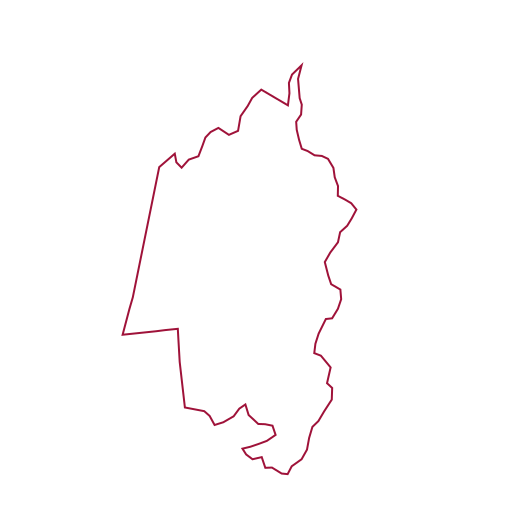 outline of Pacoti, Ceará, Brazil, rotated 201°
{"feature_id": "56859067B59765033772406", "entity_name": "Pacoti", "entity_type": "district", "adm_level": 2, "iso_a3": "BRA", "parent_name": "Brazil", "parent_adm1": "Ceará", "projection": "equal_earth", "projection_center": [-38.914, -4.206], "detail": "fine", "context": "isolated", "style": "outline", "palette": "rose", "viewbox_px": 512, "rotation_deg": 201, "n_neighbors": 0, "source": "geoboundaries", "source_scale": "gbopen_adm2", "svg_char_len": 1381}
<svg xmlns="http://www.w3.org/2000/svg" viewBox="0 0 512 512"><g transform="rotate(201 256 256)"><path d="M368.5,322.4L378.2,304.3L356.2,173.3L355.2,161.3L352.3,134.7L322.4,149.9L314.2,154.3L302.9,160.0L299.0,151.3L289.3,129.8L268.1,89.1L248.7,92.6L242.0,90.1L234.1,83.4L226.9,89.1L219.4,98.4L216.9,107.5L212.7,113.6L205.9,104.9L199.3,102.3L193.7,100.0L187.3,102.2L179.8,103.5L173.6,96.0L179.6,87.3L186.3,81.4L192.9,75.9L199.6,71.3L194.1,67.2L186.4,65.0L178.6,70.3L171.4,61.6L165.3,64.2L154.1,62.1L148.3,63.7L147.3,72.5L140.6,82.6L139.0,93.5L141.2,105.2L142.1,116.7L138.6,124.2L136.7,135.4L133.8,149.1L137.6,160.1L144.1,162.7L146.4,178.7L159.7,186.2L166.8,186.2L169.1,195.4L169.7,206.0L168.2,222.2L162.6,225.1L160.6,236.1L161.0,246.2L165.2,254.9L175.7,256.6L181.5,263.6L189.6,275.0L187.9,285.9L184.4,298.2L186.0,308.4L181.7,316.9L180.1,325.5L178.9,335.3L186.0,339.4L193.2,340.6L201.2,341.5L204.5,350.7L210.7,357.7L215.3,366.0L223.6,372.5L230.4,373.0L237.4,371.0L245.4,372.5L251.7,372.5L257.5,380.0L263.2,388.4L266.6,395.7L264.6,404.2L267.5,413.7L271.8,419.0L276.0,427.7L280.2,436.4L281.8,450.4L287.4,438.3L287.3,429.4L283.1,419.9L280.2,408.1L310.7,413.2L316.2,402.3L317.5,393.1L320.5,381.0L317.6,366.4L324.7,359.4L337.0,362.1L342.8,355.5L345.7,348.5L345.5,339.4L345.5,328.5L353.3,321.9L357.1,311.8L363.9,314.9L368.5,322.4Z" fill="none" stroke="#9f1239" stroke-width="2"/></g></svg>